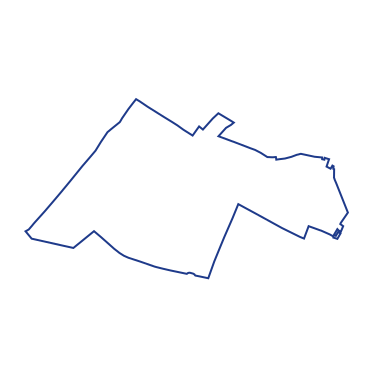 outline of Bab Al-Shariyya, Al Qahirah, Egypt, rotated 190°
{"feature_id": "37247803B36275264085145", "entity_name": "Bab Al-Shariyya", "entity_type": "district", "adm_level": 2, "iso_a3": "EGY", "parent_name": "Egypt", "parent_adm1": "Al Qahirah", "projection": "albers", "projection_center": [31.258, 30.059], "detail": "fine", "context": "isolated", "style": "outline", "palette": "blue", "viewbox_px": 384, "rotation_deg": 190, "n_neighbors": 0, "source": "geoboundaries", "source_scale": "gbopen_adm2", "svg_char_len": 1936}
<svg xmlns="http://www.w3.org/2000/svg" viewBox="0 0 384 384"><g transform="rotate(190 192 192)"><path d="M62.7,248.1L65.2,248.4L67.3,248.7L67.3,248.0L67.3,246.8L69.5,246.9L69.7,247.8L69.9,248.6L77.3,248.0L91.4,248.5L92.4,248.1L93.6,247.5L95.3,246.8L100.2,243.9L106.3,241.1L111.9,239.4L114.6,238.5L115.0,239.8L115.5,241.0L118.5,240.2L123.9,239.5L131.1,242.5L137.2,244.4L142.4,245.3L158.9,248.5L159.8,248.7L160.7,248.8L175.6,251.5L169.6,261.1L165.3,264.8L162.9,267.6L166.6,269.1L179.7,274.1L184.3,268.0L192.1,255.4L196.4,257.8L201.2,247.7L211.2,251.8L218.0,255.1L223.8,257.5L232.9,261.1L250.6,268.3L259.5,272.3L261.4,273.0L263.2,273.7L265.6,269.2L269.0,262.7L273.7,252.4L274.3,250.7L274.9,249.1L275.3,248.2L282.8,239.6L284.2,237.9L285.6,236.3L290.4,225.5L294.2,215.9L298.4,208.7L304.4,198.6L314.0,181.3L318.6,173.2L319.3,172.0L320.0,170.7L327.1,158.5L333.6,147.5L341.4,135.0L342.6,133.0L343.7,131.0L346.2,126.8L347.6,125.6L349.1,124.4L341.8,118.2L311.1,116.8L299.1,116.3L281.7,136.4L273.8,131.8L261.1,124.0L260.3,123.5L259.5,123.0L258.7,122.5L257.9,122.1L257.0,121.6L256.6,121.4L255.8,121.0L252.9,119.4L248.0,117.4L245.6,116.8L243.6,116.3L242.5,116.1L231.1,114.5L215.6,112.0L215.1,112.0L214.5,111.9L207.3,111.4L199.6,111.0L182.9,110.5L181.9,111.5L180.8,112.0L179.8,112.1L176.7,111.8L175.3,111.3L175.1,111.0L174.2,110.3L169.9,110.2L161.0,109.9L158.0,127.5L154.5,143.6L152.4,153.1L147.5,173.4L144.3,188.1L137.5,185.8L125.5,181.8L97.0,172.1L77.8,166.5L73.6,165.6L71.2,178.6L61.3,176.9L59.7,176.6L58.1,176.4L48.8,174.1L44.9,172.7L44.9,171.7L40.7,171.1L38.6,176.9L40.5,177.7L41.1,178.0L42.7,173.8L44.7,174.6L42.4,180.7L40.8,179.5L40.0,179.3L38.5,178.8L37.2,184.6L38.8,185.4L40.4,186.2L40.1,187.4L34.9,198.8L40.4,207.7L51.5,225.7L53.6,228.9L54.1,229.9L54.7,230.9L54.7,231.3L56.0,239.2L56.9,239.4L57.0,241.9L58.3,242.4L59.1,240.2L59.6,239.0L63.9,240.4L63.6,242.4L63.3,244.5L62.7,248.1Z" fill="none" stroke="#1e3a8a" stroke-width="2"/></g></svg>